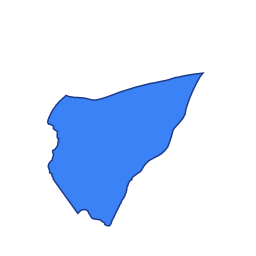 outline of Barcarena, Pará, Brazil, rotated 51°
{"feature_id": "56859067B39464629703373", "entity_name": "Barcarena", "entity_type": "district", "adm_level": 2, "iso_a3": "BRA", "parent_name": "Brazil", "parent_adm1": "Pará", "projection": "robinson", "projection_center": [-48.636, -1.446], "detail": "fine", "context": "isolated", "style": "filled", "palette": "blue", "viewbox_px": 256, "rotation_deg": 51, "n_neighbors": 0, "source": "geoboundaries", "source_scale": "gbopen_adm2", "svg_char_len": 2416}
<svg xmlns="http://www.w3.org/2000/svg" viewBox="0 0 256 256"><g transform="rotate(51 128 128)"><path d="M162.8,220.8L162.6,219.7L162.6,218.6L162.4,217.3L162.3,216.1L162.9,215.1L163.9,213.1L165.3,212.1L166.3,211.7L167.5,211.4L168.8,211.9L170.1,212.2L171.1,212.1L173.9,212.7L175.0,212.7L176.0,212.5L177.3,211.6L178.1,210.8L181.8,207.6L182.8,207.1L183.9,207.1L185.1,206.8L186.0,206.1L187.1,206.1L188.2,206.7L189.8,206.3L190.6,205.6L191.6,204.9L192.4,203.9L192.1,202.6L191.4,201.0L189.5,198.0L188.6,195.5L188.0,194.4L187.4,193.1L186.7,192.0L185.9,189.9L184.5,186.9L183.8,185.3L182.5,182.8L182.0,181.3L181.4,179.8L180.7,178.9L180.2,177.9L179.6,175.2L179.0,173.7L178.3,172.6L177.5,171.4L177.0,170.4L176.4,169.5L175.4,168.1L173.5,166.2L173.0,165.3L172.6,164.3L171.7,163.1L171.0,161.9L170.1,159.1L170.6,157.6L169.6,157.4L169.1,154.6L169.2,151.6L169.3,149.7L169.7,145.6L169.0,143.3L168.3,141.6L167.7,139.9L166.8,136.4L166.6,131.8L167.4,127.3L168.4,122.7L169.0,118.8L168.8,114.4L167.8,109.2L165.2,104.7L164.3,103.2L161.1,98.5L158.0,94.3L157.3,92.0L156.5,86.9L155.2,79.8L153.1,74.8L150.6,72.0L149.2,70.3L144.2,62.3L142.0,58.3L140.2,55.0L136.5,47.2L133.4,39.4L132.5,35.2L127.9,42.5L123.7,49.8L119.7,57.7L118.3,60.0L117.4,62.7L115.1,68.2L110.8,76.4L110.0,78.1L107.3,82.9L104.6,88.8L100.9,96.8L98.7,102.4L95.6,110.2L95.1,111.3L93.7,115.8L91.8,121.4L90.5,125.2L88.4,130.5L87.7,132.0L86.0,135.4L83.5,138.4L80.2,140.7L77.1,143.3L73.1,147.4L72.2,148.4L71.5,149.3L69.9,151.0L67.7,152.9L66.8,153.8L65.4,154.7L63.6,155.7L63.9,158.1L64.0,159.3L63.9,160.4L64.1,161.8L64.2,163.4L64.2,165.0L64.6,166.2L64.8,167.9L65.1,169.8L65.6,171.1L66.3,173.9L66.7,175.2L67.9,178.1L68.3,179.1L69.2,180.6L69.8,182.3L71.6,185.2L72.4,186.2L73.5,187.0L75.0,187.3L76.0,186.3L77.0,185.9L78.4,185.1L80.2,185.0L81.0,186.1L82.0,186.3L83.1,186.2L84.0,185.9L84.9,185.3L86.6,185.2L87.4,186.1L88.3,187.0L89.4,187.8L90.6,188.8L91.9,189.2L92.9,188.5L93.7,189.9L94.6,190.0L94.8,191.2L95.9,192.2L97.0,193.3L97.6,194.5L97.9,195.6L98.3,196.7L98.6,197.8L98.5,199.0L98.1,200.1L98.4,201.1L99.5,201.7L100.7,202.1L101.6,202.5L102.4,203.3L103.2,204.4L103.7,205.5L104.7,206.4L105.2,207.4L105.3,209.4L105.5,210.6L106.1,212.1L107.4,214.0L108.5,214.6L110.2,215.2L111.2,215.4L112.2,216.0L113.3,217.0L114.6,216.7L115.7,215.9L116.8,216.8L118.0,217.4L119.0,217.3L119.9,217.6L120.9,218.3L149.1,220.0L151.8,220.1L162.8,220.8Z" fill="#3b82f6" stroke="#1e3a8a" stroke-width="1.5"/></g></svg>